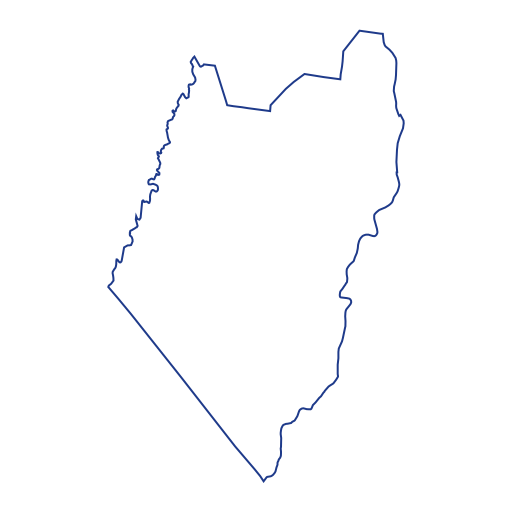 the district of Suchiate, Chiapas, Mexico
{"feature_id": "50627088B714151448233", "entity_name": "Suchiate", "entity_type": "district", "adm_level": 2, "iso_a3": "MEX", "parent_name": "Mexico", "parent_adm1": "Chiapas", "projection": "equal_earth", "projection_center": [-92.246, 14.632], "detail": "fine", "context": "isolated", "style": "outline", "palette": "blue", "viewbox_px": 512, "rotation_deg": 0, "n_neighbors": 0, "source": "geoboundaries", "source_scale": "gbopen_adm2", "svg_char_len": 6033}
<svg xmlns="http://www.w3.org/2000/svg" viewBox="0 0 512 512"><path d="M108.3,287.0L118.1,298.5L130.7,313.7L181.4,377.6L235.1,446.4L254.5,469.1L260.2,476.1L263.6,481.3L266.6,477.3L267.2,476.9L270.7,476.3L271.6,475.9L273.1,474.8L274.8,472.7L275.5,471.4L276.5,467.4L277.5,464.7L277.5,462.9L277.7,462.2L277.9,461.7L278.2,461.2L278.5,460.5L278.7,459.7L279.2,458.9L280.1,457.8L280.7,456.4L280.9,455.4L281.0,453.3L281.0,451.5L280.7,448.7L281.0,446.8L281.2,438.0L280.7,434.3L280.7,432.8L281.0,430.3L281.4,428.3L282.4,426.2L282.9,425.5L283.4,424.9L285.9,423.9L287.8,423.7L291.1,423.0L292.3,421.8L294.4,420.7L294.8,420.3L297.1,416.6L297.5,415.8L299.0,411.4L299.5,410.4L299.9,409.8L301.2,408.9L302.0,408.5L303.4,408.3L306.9,409.2L310.6,409.3L311.3,408.8L311.9,407.6L312.9,405.1L315.5,402.5L319.2,397.9L321.0,396.3L323.4,392.7L324.3,391.8L324.6,391.2L325.0,390.6L328.6,386.5L330.5,385.2L332.8,383.8L333.6,383.1L336.2,379.6L337.7,377.2L338.0,376.5L338.0,376.0L337.7,374.1L337.7,364.7L338.4,358.3L338.4,351.9L338.8,348.5L342.0,341.4L342.9,338.0L345.1,327.5L345.4,326.3L345.5,321.2L345.2,316.4L345.4,312.7L345.7,310.9L346.2,309.6L346.7,308.9L349.6,305.3L350.5,304.1L350.8,303.5L351.2,302.3L351.1,301.0L350.9,300.4L350.3,299.4L349.7,298.9L349.2,298.6L346.8,298.1L340.8,297.4L340.4,297.2L340.1,296.9L339.8,295.9L339.8,294.6L340.0,293.0L340.3,291.6L340.6,291.1L342.4,288.9L344.4,285.9L345.3,284.7L346.1,283.2L346.7,282.6L347.0,282.0L347.3,279.0L347.3,278.0L347.1,276.7L346.9,275.5L346.7,274.4L346.6,271.5L346.8,269.4L347.0,268.8L348.1,266.9L349.7,264.8L350.7,263.8L353.5,261.3L353.8,260.8L354.9,257.4L356.8,253.0L357.5,249.8L357.8,248.2L358.1,244.8L359.0,241.3L360.0,239.1L360.5,238.3L361.5,237.1L362.6,236.0L363.5,235.5L365.4,234.8L366.2,234.7L368.6,234.7L372.8,236.0L373.6,236.1L374.8,236.1L375.9,235.4L376.4,234.8L377.2,233.4L377.4,232.5L377.4,231.8L377.0,229.0L374.4,219.6L374.2,218.3L374.2,215.7L374.3,215.0L374.6,214.3L375.9,212.8L377.1,211.7L379.2,210.0L385.4,207.4L386.5,206.7L388.5,205.5L390.3,204.1L391.8,202.6L392.2,202.0L392.8,200.6L393.7,197.5L394.0,196.9L394.7,195.9L396.6,193.1L397.5,191.5L398.3,189.1L398.9,187.0L399.2,185.6L399.3,184.8L399.2,183.5L398.9,181.9L397.7,177.4L396.7,174.6L396.6,172.4L397.2,172.3L396.4,162.0L397.0,149.6L397.7,143.2L399.8,136.2L403.0,128.3L403.7,123.3L403.5,120.6L400.5,114.9L399.2,115.9L398.3,114.0L396.4,108.4L396.2,107.3L396.1,105.7L396.2,103.7L396.1,101.9L394.3,93.2L393.8,91.2L393.8,90.4L394.1,86.5L394.7,84.0L395.6,79.6L396.0,75.1L396.4,63.1L396.2,60.5L395.6,58.0L392.4,52.9L389.4,49.6L385.5,46.4L384.6,44.9L383.7,42.1L382.8,33.8L380.1,33.6L359.5,30.7L343.3,51.3L342.6,61.4L342.0,66.7L340.7,74.2L340.3,79.3L323.8,77.1L304.5,74.0L293.8,81.9L285.9,88.8L270.6,105.2L270.1,111.1L248.2,108.2L241.8,107.2L233.4,106.2L227.2,105.2L225.8,100.4L214.9,65.7L203.9,64.4L203.2,65.4L202.3,65.9L200.9,66.7L200.3,66.5L200.0,66.3L199.6,65.7L194.4,56.6L193.0,58.1L192.6,58.9L191.8,60.0L190.7,61.9L190.9,62.6L191.2,63.4L191.7,63.7L192.3,64.8L192.6,65.9L193.2,66.5L192.6,68.2L192.3,69.3L192.3,71.5L192.4,72.0L193.2,74.3L195.1,77.5L195.5,79.6L195.4,80.9L195.1,81.5L194.7,81.8L194.2,82.7L193.6,83.5L193.0,84.0L191.9,84.5L190.7,84.7L190.4,84.3L190.1,84.3L188.9,84.7L188.6,85.8L188.6,87.2L189.1,88.4L189.1,88.7L188.9,89.4L189.1,90.2L189.1,90.8L188.9,93.0L188.6,94.1L188.7,96.4L188.5,97.2L186.3,98.3L185.1,97.2L183.4,94.0L182.8,93.6L181.5,94.8L180.6,96.7L179.1,98.9L177.7,101.7L177.7,102.2L177.9,103.5L178.7,104.8L178.6,105.2L178.5,105.7L178.4,106.0L177.8,106.4L177.4,107.2L176.9,107.7L176.4,108.5L176.2,109.0L175.7,111.1L175.3,111.4L175.0,111.5L174.5,111.5L173.6,110.9L173.4,110.6L173.1,110.4L172.5,110.9L172.6,111.9L173.3,112.6L174.4,114.0L174.4,115.2L174.1,115.9L173.4,116.6L172.9,117.3L172.7,118.6L172.4,119.0L171.8,119.6L170.8,119.8L170.3,120.1L168.4,120.9L167.9,121.3L167.5,122.6L167.7,123.3L167.6,124.3L167.2,125.2L167.2,125.6L167.4,126.5L167.8,127.2L168.0,128.1L167.8,128.6L167.6,128.8L166.6,129.3L166.5,129.5L166.6,130.9L167.1,132.6L167.8,136.6L167.9,137.3L168.6,139.6L169.0,140.5L169.9,141.9L170.0,142.2L169.9,142.7L169.1,143.3L167.8,143.9L166.9,144.5L166.3,144.5L165.9,144.8L164.9,145.1L164.1,145.7L163.8,146.5L163.8,147.6L163.7,148.1L163.6,148.3L163.2,148.3L162.7,148.6L162.0,148.7L161.1,150.0L160.8,151.2L160.9,151.8L161.3,152.5L161.1,153.1L160.5,153.4L160.0,153.5L159.1,153.3L158.7,153.0L157.8,152.0L157.4,152.1L157.4,153.2L157.7,154.6L158.0,155.3L158.9,156.3L158.8,156.8L158.0,158.0L157.9,158.2L158.0,158.4L158.6,159.4L160.2,162.7L160.3,163.4L160.3,164.0L160.0,164.4L159.6,165.8L159.4,167.5L159.2,168.1L158.6,168.7L158.2,169.0L157.3,169.2L157.0,169.6L156.9,170.0L157.3,170.8L159.4,173.0L159.4,173.8L159.3,174.6L159.0,174.8L158.1,174.9L157.7,174.8L157.2,174.2L156.8,174.0L156.4,174.0L155.7,176.0L154.9,177.2L154.8,178.0L154.2,179.3L153.6,179.4L152.0,178.7L151.3,178.7L150.5,179.1L149.5,179.8L148.9,180.0L148.6,180.7L148.3,181.8L148.3,182.7L148.6,183.8L148.9,184.3L149.7,184.4L150.7,184.4L153.0,183.8L155.6,184.7L157.2,185.7L157.7,186.5L157.9,187.5L158.0,188.5L157.9,189.8L157.7,190.3L157.2,191.0L156.6,191.5L155.8,191.6L154.5,190.9L153.6,190.2L153.1,190.2L152.8,190.0L152.3,190.1L151.6,190.7L150.3,194.3L150.0,196.4L150.0,197.4L150.1,198.7L150.0,199.2L150.1,199.9L149.8,201.4L149.7,201.6L149.3,202.8L148.9,203.0L148.4,202.8L148.2,202.5L147.8,202.2L147.4,202.0L147.1,201.7L146.6,201.5L144.2,202.0L143.5,200.6L143.1,200.4L142.8,200.5L142.2,201.2L140.6,217.8L139.4,219.6L137.4,219.0L136.2,216.2L135.8,219.4L137.6,225.9L136.8,227.2L136.5,227.2L134.5,228.6L132.8,229.5L132.7,229.7L130.4,230.8L130.0,231.9L129.8,233.0L130.1,233.2L129.8,234.6L129.9,235.2L130.1,235.7L131.3,236.5L132.0,237.8L132.3,238.9L132.5,239.3L132.6,241.4L131.1,245.0L129.8,245.3L127.6,245.4L124.1,247.4L121.8,260.1L121.4,261.5L120.5,262.4L119.8,262.4L119.5,262.3L118.2,260.8L117.9,260.2L117.0,259.4L116.6,259.4L116.3,260.9L116.3,262.2L116.2,264.6L115.8,266.8L115.1,268.3L114.5,268.9L113.3,270.8L112.7,271.9L112.6,273.2L113.1,275.7L113.4,277.9L113.5,280.6L111.1,283.8L108.8,285.6L108.3,287.0Z" fill="none" stroke="#1e3a8a" stroke-width="2"/></svg>